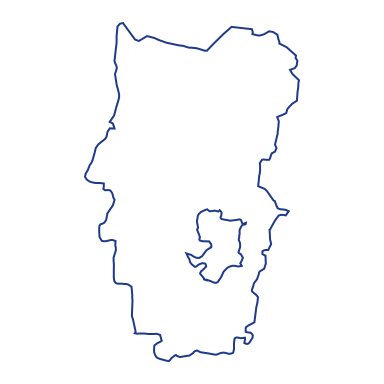 El Mahalla El Kobra, Al Gharbiyah, Egypt
{"feature_id": "37247803B79184551516010", "entity_name": "El Mahalla El Kobra", "entity_type": "district", "adm_level": 2, "iso_a3": "EGY", "parent_name": "Egypt", "parent_adm1": "Al Gharbiyah", "projection": "robinson", "projection_center": [31.14, 31.018], "detail": "fine", "context": "isolated", "style": "outline", "palette": "blue", "viewbox_px": 384, "rotation_deg": 0, "n_neighbors": 0, "source": "geoboundaries", "source_scale": "gbopen_adm2", "svg_char_len": 6033}
<svg xmlns="http://www.w3.org/2000/svg" viewBox="0 0 384 384"><path d="M123.1,23.0L120.0,23.7L117.5,26.5L116.6,35.9L116.6,42.5L114.5,60.8L115.1,63.2L116.1,65.0L116.9,68.0L115.9,71.3L115.0,74.1L116.1,81.1L116.8,85.5L117.9,89.1L119.1,94.4L119.1,97.1L119.0,97.6L118.6,99.5L118.1,101.3L117.8,102.2L117.0,104.9L116.5,106.4L114.1,115.5L109.7,121.9L110.0,122.1L111.5,122.8L112.9,123.6L114.5,128.5L112.7,128.5L109.8,128.3L107.8,131.3L107.6,131.7L107.1,133.8L107.0,134.5L106.3,137.3L104.5,139.4L104.1,139.8L101.2,142.0L98.1,144.6L95.7,148.2L94.7,152.6L92.7,159.6L92.6,160.0L91.2,163.2L89.8,165.0L88.0,169.7L86.7,172.0L85.8,173.4L85.0,176.8L86.7,179.5L88.0,180.5L90.4,181.9L92.5,182.4L95.4,183.0L99.1,183.0L103.0,183.3L103.8,183.5L103.8,186.5L103.6,188.1L103.3,188.9L104.9,190.2L106.5,190.2L108.8,190.0L110.2,190.5L111.2,191.6L112.3,193.4L113.0,195.9L113.3,197.5L114.6,199.9L112.8,205.5L109.6,210.1L107.2,213.7L107.2,214.8L106.1,220.1L104.2,222.8L103.2,223.3L102.1,223.8L100.8,224.1L100.0,224.9L99.5,225.7L99.2,227.8L99.2,232.1L99.4,234.0L99.4,236.1L99.7,237.2L101.8,240.9L103.4,241.2L106.0,241.2L107.1,240.9L108.4,240.7L109.7,240.2L112.1,239.9L115.5,241.0L115.3,245.8L115.8,247.4L115.8,250.6L113.6,257.5L113.6,260.7L113.9,264.5L113.8,270.6L113.8,272.7L113.8,277.8L114.3,281.0L115.7,282.9L117.5,283.7L122.0,283.7L124.1,284.0L126.2,284.0L128.3,284.6L131.5,286.7L132.3,295.0L132.2,297.6L132.5,300.1L131.9,316.1L133.0,319.5L135.3,330.0L135.6,332.1L134.8,333.2L136.9,333.7L139.3,333.5L144.0,333.5L148.8,334.0L153.5,334.0L156.7,333.8L160.1,334.9L161.7,340.8L159.6,342.1L157.4,343.1L156.1,344.2L154.8,345.0L154.3,345.8L154.3,346.3L154.0,350.3L154.2,352.2L154.8,354.3L155.8,356.2L156.9,357.6L159.8,358.9L166.9,360.8L169.0,361.0L169.8,360.3L171.6,357.9L175.3,355.2L175.9,355.0L176.7,355.8L180.1,357.1L182.5,356.6L185.4,356.1L189.3,355.6L193.0,353.2L193.8,352.1L194.6,351.3L197.0,350.5L200.4,352.2L203.6,352.7L205.7,353.0L208.9,353.5L211.8,354.1L212.6,354.1L214.2,354.6L214.7,354.6L216.8,354.6L217.1,354.4L219.2,353.6L220.2,353.1L220.8,353.1L221.6,352.8L223.5,352.6L224.2,352.8L225.3,352.8L227.1,353.4L229.5,353.9L231.6,353.4L232.9,352.9L233.4,352.1L233.7,350.2L234.0,349.7L234.0,343.3L234.6,338.5L234.8,338.2L236.9,337.4L238.5,337.7L240.6,338.2L243.0,338.0L244.9,337.7L245.1,338.5L244.8,340.6L244.6,341.7L244.3,343.0L246.4,343.9L247.7,343.9L249.3,342.8L252.5,337.8L252.8,335.6L252.3,334.3L250.7,332.7L247.8,332.4L246.5,332.1L245.7,331.8L245.7,327.8L246.2,327.0L248.6,325.4L249.4,324.9L251.5,323.9L254.4,322.3L256.3,307.3L257.4,302.5L258.0,297.2L257.4,296.4L256.4,295.1L252.4,291.8L251.9,290.8L251.9,290.0L252.2,288.9L252.7,287.8L253.3,286.0L253.8,283.6L254.3,282.8L256.0,280.6L257.0,279.3L258.6,274.8L259.1,272.4L259.9,271.3L262.6,269.7L263.4,269.2L263.9,268.9L264.2,268.7L265.8,263.6L265.5,255.6L265.0,255.6L262.4,254.0L262.4,251.9L262.6,251.1L264.2,250.3L265.8,250.0L267.7,250.0L268.2,250.0L271.1,244.2L270.6,241.5L270.1,239.6L269.6,229.7L270.1,229.5L270.9,227.9L275.2,220.2L275.7,219.6L278.6,215.6L280.0,215.1L281.0,214.9L283.1,214.9L285.2,215.3L285.8,215.4L288.7,211.2L285.5,209.8L283.2,209.5L280.0,209.2L277.6,208.2L276.6,206.0L274.7,200.9L274.2,200.9L273.2,200.1L269.2,194.2L267.1,191.3L265.0,189.1L263.4,188.3L258.2,186.2L259.3,175.2L259.8,173.4L260.1,169.9L260.1,165.6L259.8,163.2L262.0,159.8L263.3,159.5L266.7,159.8L269.1,159.8L269.4,159.5L270.2,157.9L270.7,156.1L271.0,155.0L271.8,153.3L272.6,152.9L275.0,151.6L276.5,148.2L275.0,144.5L277.7,133.6L277.6,132.5L277.7,131.8L278.3,127.6L278.8,121.2L277.2,117.2L278.4,116.5L282.6,114.8L285.7,113.4L286.2,113.2L287.4,109.0L289.3,106.8L292.0,103.9L296.9,100.7L297.6,91.3L298.2,88.1L298.4,82.9L299.0,80.3L292.6,74.1L290.0,69.9L294.8,68.1L296.6,65.7L297.4,60.7L295.6,58.0L296.0,55.6L286.6,47.2L279.3,43.5L279.4,41.9L278.3,38.9L277.4,34.7L273.5,32.3L273.1,32.0L269.0,31.3L268.6,31.6L265.7,33.3L263.5,34.5L259.3,35.6L258.3,35.4L258.0,35.4L256.7,35.2L252.4,34.1L252.8,32.3L251.9,29.2L231.6,26.9L223.9,33.6L214.2,43.1L206.8,50.8L204.2,50.6L202.6,50.0L200.0,49.2L198.8,48.8L196.2,48.2L191.4,47.7L189.1,47.7L184.5,46.3L183.4,45.9L178.7,45.3L177.1,45.0L166.1,42.6L158.5,39.9L154.5,38.0L148.7,36.5L147.2,36.1L146.6,36.4L138.8,41.0L135.0,39.5L123.6,23.9L123.1,23.0ZM223.3,272.2L222.8,273.5L222.0,275.1L221.5,276.4L220.7,277.7L218.3,281.3L218.0,281.7L217.0,282.5L216.2,282.8L215.1,282.8L214.3,282.5L213.5,282.5L210.9,281.2L206.7,279.8L206.7,280.3L204.0,279.4L204.0,278.5L203.2,277.4L202.5,276.6L201.4,275.2L200.6,274.4L200.1,273.6L200.9,271.5L202.5,270.2L206.2,266.5L205.7,264.3L204.9,263.5L202.2,263.2L199.9,264.0L198.3,264.8L197.5,265.6L196.4,266.4L195.1,266.9L194.6,266.7L194.3,266.4L191.4,264.0L190.6,262.9L190.4,262.6L190.1,262.1L189.3,258.9L188.3,257.5L186.4,253.4L191.2,254.9L193.5,256.5L194.3,256.8L195.7,257.6L197.2,257.9L199.6,257.9L200.1,257.3L200.9,256.8L202.0,256.3L206.3,250.4L208.6,248.8L210.0,248.1L210.5,247.8L210.5,247.3L211.3,247.0L211.3,244.9L211.0,243.8L210.2,243.0L209.2,241.4L208.7,241.4L204.4,241.3L201.8,241.1L199.9,240.5L199.4,239.7L199.4,238.7L200.0,237.3L198.7,233.6L198.1,232.5L197.6,230.9L197.1,229.8L197.4,228.8L197.9,228.2L198.1,227.7L196.9,221.5L197.9,215.7L198.7,214.1L200.9,212.0L204.3,210.4L205.9,209.8L207.1,209.3L209.5,211.2L211.2,211.2L213.0,211.0L213.8,210.7L215.1,210.7L217.0,211.2L218.3,211.5L219.6,210.2L221.2,211.8L221.5,212.6L221.5,213.7L221.2,215.8L220.9,216.3L220.6,217.4L220.6,217.9L221.5,219.0L224.3,219.6L227.5,220.1L230.1,220.7L232.8,220.4L236.8,219.9L238.9,219.4L239.4,219.4L240.2,219.6L240.7,219.9L241.2,220.2L241.5,221.5L242.0,222.9L242.6,223.7L243.1,223.9L245.9,222.8L245.7,224.0L245.1,224.5L242.5,224.7L241.2,226.6L239.6,229.8L239.6,234.6L239.1,236.2L239.3,237.3L238.8,238.9L238.8,239.9L239.8,242.6L240.1,243.4L240.1,247.2L238.5,252.2L239.0,253.3L240.0,253.8L240.8,254.1L242.9,257.8L241.3,261.6L240.5,262.9L240.3,263.4L241.8,265.9L241.3,266.1L240.3,266.1L239.5,266.4L238.9,266.4L237.4,266.4L236.3,266.1L234.7,265.8L232.6,265.8L231.3,266.1L229.7,266.6L227.6,267.6L225.2,270.0L224.4,270.8L223.3,272.2Z" fill="none" stroke="#1e3a8a" stroke-width="2"/></svg>